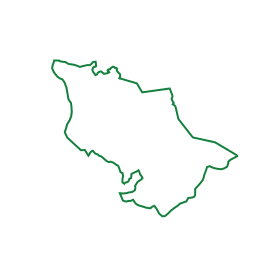 Alor Gajah, Melaka, Malaysia (Mercator projection), rotated 42°
{"feature_id": "92858781B21202151512611", "entity_name": "Alor Gajah", "entity_type": "district", "adm_level": 2, "iso_a3": "MYS", "parent_name": "Malaysia", "parent_adm1": "Melaka", "projection": "mercator", "projection_center": [102.174, 2.385], "detail": "fine", "context": "isolated", "style": "outline", "palette": "green", "viewbox_px": 256, "rotation_deg": 42, "n_neighbors": 0, "source": "geoboundaries", "source_scale": "gbopen_adm2", "svg_char_len": 2518}
<svg xmlns="http://www.w3.org/2000/svg" viewBox="0 0 256 256"><g transform="rotate(42 128 128)"><path d="M59.6,100.4L57.9,102.3L57.9,105.1L57.5,107.0L55.7,108.4L54.4,110.3L52.7,112.7L51.4,114.8L48.8,115.7L46.2,116.8L43.4,118.5L41.7,119.8L39.8,120.5L37.2,120.9L35.6,122.2L33.5,123.5L31.5,124.3L31.4,124.2L28.0,127.2L29.2,129.8L30.3,132.4L31.8,134.5L35.9,136.2L41.1,137.1L44.0,136.8L46.3,135.9L47.8,135.9L50.7,136.8L55.1,139.1L61.2,143.8L64.4,146.4L66.4,147.0L68.7,147.5L71.6,149.9L75.4,153.6L78.0,157.4L79.5,161.5L80.3,165.9L82.1,169.6L83.8,173.4L86.5,174.6L89.5,175.8L107.9,176.0L110.7,173.2L117.1,175.1L116.9,173.6L116.3,171.5L116.5,169.5L117.1,168.5L120.6,168.9L122.1,168.4L123.4,167.8L125.1,168.0L126.9,167.1L128.8,166.9L131.2,166.9L134.2,166.9L136.4,166.3L137.7,164.6L139.8,163.7L142.2,163.3L144.0,163.2L145.9,162.6L149.3,164.3L152.0,165.8L154.3,165.2L156.5,167.1L157.8,169.3L160.2,172.1L162.6,171.9L162.6,170.2L163.8,168.5L164.0,167.1L163.0,164.8L163.8,163.2L162.8,161.7L161.3,160.0L162.3,157.2L163.4,155.0L164.1,152.4L165.8,153.1L168.2,154.4L170.5,154.8L172.3,155.5L172.3,156.8L172.0,158.5L171.2,161.5L171.6,163.9L172.0,166.3L173.8,167.8L174.7,169.7L174.0,172.6L171.6,175.6L170.1,177.9L168.2,179.9L165.6,181.9L172.7,185.3L174.4,184.7L175.9,183.8L177.0,182.1L178.7,180.5L179.8,177.9L182.2,178.6L184.6,179.0L186.3,178.8L188.7,178.0L191.1,176.7L194.1,175.4L196.7,173.9L198.4,172.6L198.6,170.4L199.7,168.2L203.2,168.9L208.6,170.8L212.7,170.6L213.6,169.6L214.4,168.8L215.0,165.0L215.2,160.6L216.1,155.7L217.0,152.2L217.3,149.3L220.5,143.5L219.6,139.7L221.9,137.1L223.1,135.3L222.8,133.0L221.1,131.0L218.7,128.3L218.7,125.1L218.7,120.5L218.4,117.0L217.6,114.7L215.8,111.2L214.4,107.4L212.9,104.2L214.1,101.9L218.4,100.4L221.4,98.7L224.8,96.4L226.6,93.5L227.5,90.3L226.3,87.4L225.1,85.9L225.4,83.0L228.0,76.0L226.7,75.5L202.3,80.4L182.7,91.5L181.6,91.5L159.5,87.6L149.2,80.5L148.7,80.3L148.3,80.1L147.4,80.1L146.9,80.2L146.3,80.3L145.4,80.4L145.3,78.8L144.4,78.6L141.1,77.4L140.7,76.5L140.2,75.2L139.4,74.3L138.3,73.6L137.0,73.0L132.6,70.7L114.7,92.0L104.7,88.9L88.5,96.7L88.4,97.6L87.7,94.9L87.2,94.3L85.9,93.3L84.5,93.3L82.1,93.1L80.9,92.6L80.4,91.5L79.3,91.2L78.0,92.1L77.0,91.9L75.8,92.5L75.2,94.5L75.4,96.3L74.5,97.1L74.2,98.8L75.3,99.4L75.9,98.9L76.8,99.2L75.9,101.3L74.9,102.5L73.9,103.8L71.8,103.9L70.1,104.0L69.1,105.4L68.6,107.3L69.2,108.8L68.4,110.4L67.2,110.1L65.8,110.0L64.2,109.5L62.7,108.7L61.7,106.9L61.8,105.2L62.8,104.3L62.9,103.3L59.6,100.4Z" fill="none" stroke="#15803d" stroke-width="2"/></g></svg>